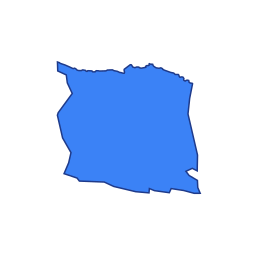 Bath, Virginia, United States of America (orthographic projection), rotated 66°
{"feature_id": "52423323B67165300016229", "entity_name": "Bath", "entity_type": "district", "adm_level": 2, "iso_a3": "USA", "parent_name": "United States of America", "parent_adm1": "Virginia", "projection": "orthographic", "projection_center": [-79.859, 38.055], "detail": "fine", "context": "isolated", "style": "filled", "palette": "blue", "viewbox_px": 256, "rotation_deg": 66, "n_neighbors": 0, "source": "geoboundaries", "source_scale": "gbopen_adm2", "svg_char_len": 1697}
<svg xmlns="http://www.w3.org/2000/svg" viewBox="0 0 256 256"><g transform="rotate(66 128 128)"><path d="M66.8,125.0L64.4,130.8L63.5,132.1L62.8,133.6L62.8,134.1L63.3,135.1L62.8,136.4L62.4,137.3L61.9,137.6L61.4,137.6L60.9,138.2L59.4,141.2L59.3,141.6L59.6,142.2L59.2,143.1L58.1,143.4L56.7,145.4L56.4,146.1L56.6,147.0L56.3,147.9L55.4,149.8L54.5,150.9L52.7,151.6L51.7,152.4L51.5,152.8L51.6,153.3L51.4,154.0L48.3,156.7L44.8,159.9L41.3,163.7L40.5,164.0L39.0,165.6L47.3,169.0L54.4,162.8L62.1,165.1L73.8,164.9L85.6,185.5L87.6,187.3L110.5,191.8L127.3,190.1L135.6,196.3L143.7,205.0L153.0,194.9L156.7,194.0L167.7,171.7L175.6,164.8L189.3,146.9L195.8,135.2L192.0,133.1L196.0,129.3L203.9,116.6L200.9,113.2L207.7,102.6L214.6,94.1L217.0,88.6L210.8,88.5L204.1,85.9L196.2,91.5L191.1,92.7L191.0,85.7L195.3,82.2L181.0,75.5L139.6,67.5L126.0,59.6L113.8,51.0L113.2,51.2L112.3,52.8L110.9,53.6L109.3,53.2L108.6,54.0L108.2,55.1L108.2,55.7L108.4,56.4L107.8,57.2L107.1,57.6L106.7,57.6L105.5,56.8L103.9,57.1L103.3,57.9L102.9,58.8L102.9,59.6L102.6,60.0L102.0,60.2L100.4,60.1L99.7,60.2L99.4,60.6L98.3,63.1L96.4,63.9L94.5,66.5L90.0,71.2L88.6,72.4L87.9,72.3L87.5,72.6L86.4,73.5L86.3,74.0L86.2,74.4L86.1,75.3L84.5,77.8L82.3,79.3L80.9,79.7L79.9,79.5L79.3,80.3L79.4,80.9L79.1,81.2L77.9,82.4L78.0,82.6L79.3,83.3L79.2,84.2L78.7,85.2L78.6,86.0L78.9,86.8L79.4,86.8L79.7,86.9L79.8,87.1L78.7,91.7L77.4,93.2L76.8,93.3L76.7,93.4L75.8,95.3L75.8,95.5L75.7,97.2L74.3,98.8L71.7,99.2L71.1,100.2L72.8,107.5L73.1,107.8L74.1,108.2L75.5,108.4L76.4,109.1L76.1,110.0L75.1,111.2L74.3,112.1L74.2,112.6L73.9,113.0L73.0,113.7L71.8,114.8L69.9,117.5L68.6,118.5L68.4,118.9L66.7,123.2L66.8,125.0Z" fill="#3b82f6" stroke="#1e3a8a" stroke-width="1.5"/></g></svg>